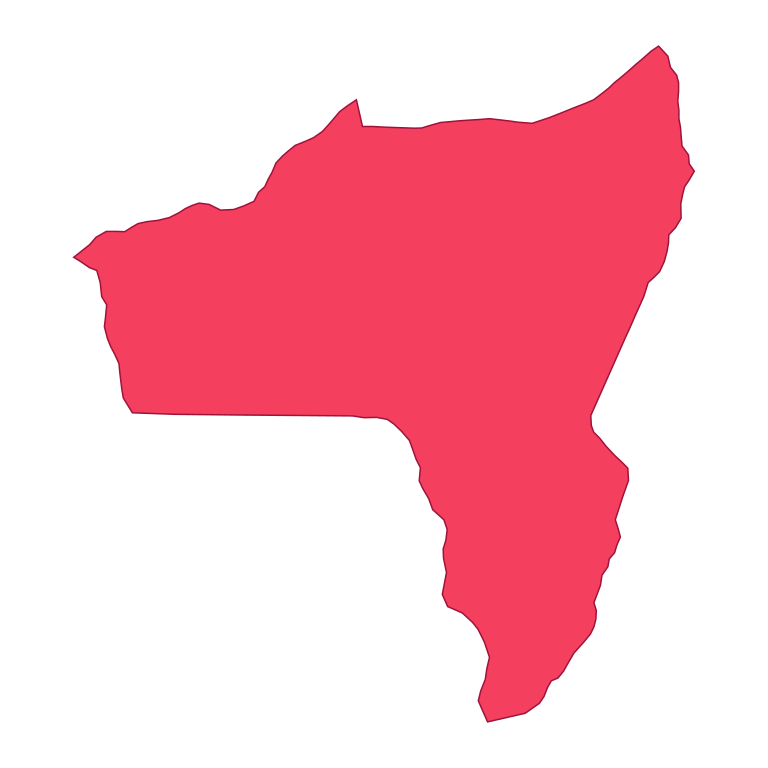 outline of Fátima, Tocantins, Brazil
{"feature_id": "56859067B58627839244807", "entity_name": "Fátima", "entity_type": "district", "adm_level": 2, "iso_a3": "BRA", "parent_name": "Brazil", "parent_adm1": "Tocantins", "projection": "albers", "projection_center": [-48.87, -10.831], "detail": "fine", "context": "isolated", "style": "filled", "palette": "rose", "viewbox_px": 768, "rotation_deg": 0, "n_neighbors": 0, "source": "geoboundaries", "source_scale": "gbopen_adm2", "svg_char_len": 2317}
<svg xmlns="http://www.w3.org/2000/svg" viewBox="0 0 768 768"><path d="M643.8,296.5L648.2,282.5L654.3,277.0L659.7,271.5L664.3,261.5L667.0,251.6L668.5,243.0L668.8,234.8L675.4,227.8L681.1,218.4L680.8,203.6L682.8,193.8L684.6,186.8L688.9,180.4L694.3,171.2L689.2,163.7L688.5,155.0L682.0,146.0L681.1,135.5L680.5,127.4L678.9,118.7L678.9,110.2L677.8,101.1L678.6,91.0L678.6,82.8L676.7,75.3L670.5,67.4L667.8,56.1L658.6,46.1L651.2,51.1L641.6,59.6L635.8,64.4L630.6,69.1L622.5,76.1L614.8,82.3L608.7,88.1L602.6,93.0L593.6,99.8L586.2,103.0L572.9,108.2L559.8,113.5L548.2,118.0L532.2,123.3L518.0,122.2L509.5,121.0L500.3,119.9L489.6,118.7L479.1,119.5L460.4,120.7L448.4,121.8L440.5,122.5L429.2,125.7L421.6,128.0L414.6,128.2L400.1,127.7L385.5,127.2L372.7,126.5L362.5,126.5L356.4,99.8L347.4,105.8L339.7,111.6L334.7,117.5L329.0,124.2L322.4,131.5L313.3,137.8L304.4,141.7L295.2,145.4L288.6,150.7L282.6,155.9L276.0,162.9L272.1,172.2L268.2,179.2L264.8,186.7L258.6,192.2L254.0,201.3L243.8,205.9L233.7,209.5L220.6,210.1L209.1,204.4L199.1,203.1L192.2,205.4L185.3,208.6L179.2,212.6L169.3,217.6L157.8,220.4L147.3,221.6L138.0,223.6L131.3,227.5L124.7,231.7L115.9,231.4L106.3,231.4L96.0,237.3L89.7,244.6L82.8,250.1L73.7,257.3L80.4,261.4L89.4,267.6L96.8,270.5L100.2,282.5L101.7,296.6L106.7,304.9L105.5,317.4L104.4,326.7L107.4,338.4L110.6,346.4L114.8,354.4L119.0,363.6L119.7,371.6L121.7,388.5L123.3,398.0L132.4,412.8L174.8,414.3L241.1,415.0L352.4,415.9L364.3,417.7L376.7,417.4L387.4,419.4L393.9,424.0L401.6,431.4L409.4,440.4L412.8,449.7L416.1,459.2L420.4,467.7L419.2,480.8L422.7,488.4L428.8,498.8L432.7,509.7L443.9,519.8L447.2,529.5L445.9,540.0L443.2,549.0L443.5,558.2L446.5,572.5L442.3,594.4L447.7,606.6L462.2,612.9L472.3,622.1L478.0,629.2L484.4,642.1L489.5,657.3L486.8,668.8L485.3,679.3L480.7,691.0L478.3,700.7L481.5,708.2L487.6,721.9L525.3,713.2L539.5,703.2L544.0,696.5L547.4,687.8L551.3,680.8L557.9,678.1L563.6,671.1L567.7,663.7L573.9,653.1L584.4,641.4L590.5,633.9L593.9,626.9L595.9,619.1L596.3,610.4L593.9,602.7L600.4,585.5L602.0,575.2L607.9,566.7L609.3,558.9L614.6,552.7L617.0,544.8L620.4,537.0L618.2,528.8L615.3,519.8L622.7,496.8L628.5,480.4L627.8,468.2L622.1,462.4L614.6,455.4L606.2,446.4L599.7,438.2L593.7,432.2L591.3,425.5L590.8,415.5L625.4,337.6L630.0,327.6L635.0,316.1L643.8,296.5Z" fill="#f43f5e" stroke="#9f1239" stroke-width="1.5"/></svg>